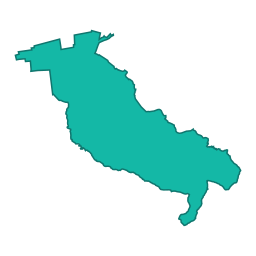 the district of Tarlungeni, Brasov, Romania
{"feature_id": "2599482B11414107906146", "entity_name": "Tarlungeni", "entity_type": "district", "adm_level": 2, "iso_a3": "ROU", "parent_name": "Romania", "parent_adm1": "Brasov", "projection": "orthographic", "projection_center": [25.868, 45.603], "detail": "fine", "context": "isolated", "style": "filled", "palette": "teal", "viewbox_px": 256, "rotation_deg": 0, "n_neighbors": 0, "source": "geoboundaries", "source_scale": "gbopen_adm2", "svg_char_len": 5856}
<svg xmlns="http://www.w3.org/2000/svg" viewBox="0 0 256 256"><path d="M193.1,129.2L190.7,130.8L186.4,131.2L181.5,133.0L179.3,133.3L177.0,132.5L175.8,131.0L175.9,129.8L175.3,128.0L174.6,127.3L174.3,126.3L174.2,125.1L173.7,125.0L172.4,124.1L169.9,123.0L168.2,122.5L167.8,122.1L167.8,121.3L164.8,118.8L165.1,118.2L165.6,118.2L165.9,117.2L165.8,115.6L164.1,115.7L163.4,115.0L162.2,112.9L161.3,110.8L160.4,109.9L159.2,109.4L157.7,109.6L154.1,111.0L149.3,111.7L148.6,111.5L146.1,111.7L141.2,106.9L135.4,98.9L134.6,96.0L134.9,95.8L134.5,95.3L134.3,94.4L134.5,94.1L134.5,93.1L134.9,92.7L135.0,92.2L134.9,91.8L135.0,91.2L135.5,90.8L135.5,90.3L135.2,89.9L135.7,89.5L135.7,89.3L135.2,89.4L134.4,88.4L134.2,86.5L134.4,84.8L133.1,83.8L133.0,82.7L132.3,81.2L129.6,79.2L128.7,79.6L128.4,79.4L128.2,78.7L126.2,77.1L125.4,75.3L125.5,74.8L127.0,72.9L127.2,72.2L126.9,71.7L124.7,70.2L124.5,70.6L123.5,71.2L122.5,71.3L118.7,70.2L118.7,69.9L118.0,69.9L116.4,68.5L115.2,69.0L114.0,67.4L114.0,66.4L113.3,66.0L108.5,62.2L107.7,60.4L99.2,54.9L98.8,55.3L96.8,54.1L94.9,53.4L95.9,51.2L97.9,45.5L99.2,42.6L104.2,40.4L106.7,39.6L109.1,38.4L111.3,36.4L113.4,35.4L113.3,34.4L111.3,35.4L110.3,33.8L106.9,37.4L104.8,36.8L104.1,35.9L103.3,37.1L101.4,37.8L99.2,39.5L99.4,37.6L100.4,33.0L91.6,30.6L91.4,31.9L74.3,35.1L74.7,44.6L73.5,44.8L73.6,47.3L61.1,49.5L60.8,46.8L59.6,39.1L34.2,45.9L34.1,47.7L31.3,48.0L31.8,49.9L18.4,51.8L19.1,54.1L15.4,55.3L16.5,59.8L19.1,59.3L25.0,58.8L25.5,61.5L30.4,61.1L31.1,69.4L30.9,71.3L37.6,70.5L49.7,70.0L52.7,94.5L53.2,94.1L58.7,100.0L59.3,100.4L61.0,100.4L62.8,101.3L65.5,102.2L67.9,102.3L68.6,104.1L68.6,105.3L68.4,106.1L68.6,106.9L68.5,107.2L67.1,108.7L66.7,109.8L66.8,110.7L66.0,112.2L66.2,112.7L66.1,113.4L65.9,113.6L66.1,114.3L67.0,115.2L67.1,116.0L66.8,116.9L66.8,117.9L67.6,119.7L67.8,120.7L67.6,123.0L67.8,124.5L68.2,125.3L68.3,126.2L68.2,126.5L67.6,126.7L67.2,127.1L67.2,127.5L67.5,128.0L70.7,129.3L70.7,130.1L70.2,131.1L70.2,131.6L70.6,132.5L70.9,135.2L70.8,137.0L70.9,138.7L71.2,139.4L72.1,139.5L72.3,140.2L72.0,140.8L72.2,141.1L75.2,143.0L75.8,143.9L78.2,143.8L78.8,144.0L79.7,144.8L79.8,145.3L78.9,145.7L79.0,146.0L80.9,146.0L81.1,146.8L81.7,147.4L80.5,148.5L80.7,149.0L82.3,149.1L82.7,148.9L82.5,148.0L83.4,147.9L85.0,149.3L85.1,150.0L85.5,150.7L86.1,150.2L87.0,150.2L87.7,150.5L88.0,151.2L89.0,151.5L90.6,152.9L90.8,153.5L91.5,154.0L91.8,155.3L94.5,159.5L95.1,160.0L96.3,160.3L96.2,160.8L96.6,161.1L98.1,161.6L98.9,161.5L100.1,161.8L101.6,163.0L102.3,163.3L102.7,163.9L103.2,164.0L103.6,165.4L104.5,166.1L105.5,166.4L108.1,166.2L109.9,166.6L110.5,167.0L111.1,168.2L111.7,168.3L112.8,169.4L114.3,169.6L115.6,169.4L116.1,169.6L116.9,169.6L118.2,170.5L119.8,170.2L120.3,170.4L121.5,169.3L122.7,169.0L125.5,169.9L126.2,170.3L126.8,170.3L127.2,170.8L127.6,170.9L127.7,171.2L129.3,172.2L129.7,172.0L130.5,172.5L131.4,172.5L131.9,172.2L132.8,172.4L133.5,172.3L134.1,172.9L134.8,173.1L136.0,174.3L138.8,175.3L139.6,176.7L142.2,178.5L142.3,178.9L142.8,179.1L142.8,179.4L143.5,179.5L144.9,181.1L146.2,180.8L146.8,181.1L148.7,181.1L149.9,181.9L150.4,182.0L150.7,182.5L151.8,182.8L152.2,183.4L155.0,184.4L155.7,185.3L158.6,186.6L159.5,187.7L159.6,188.2L160.6,189.3L161.0,189.5L163.7,189.9L169.1,189.8L170.7,190.1L171.4,191.6L172.1,191.3L173.4,191.1L175.2,191.1L177.1,191.7L180.3,192.1L184.0,193.7L185.3,194.0L186.1,194.0L187.5,193.5L189.4,194.5L189.4,194.8L189.0,195.4L188.8,196.5L188.0,197.8L187.9,200.6L188.1,201.7L189.2,203.5L189.6,204.8L190.0,205.4L190.1,206.0L189.7,207.5L188.6,209.6L188.3,210.9L187.6,211.7L186.8,212.2L186.0,213.4L183.3,214.3L181.3,214.5L180.6,215.0L179.8,216.2L178.8,218.7L179.1,219.3L180.3,219.4L181.0,220.1L181.1,221.0L181.1,222.1L181.7,222.9L182.8,223.8L183.0,224.2L183.6,224.7L184.1,225.4L185.0,225.3L186.0,224.7L186.7,224.6L187.7,223.4L189.4,222.8L190.8,221.6L192.1,221.0L192.7,221.0L194.5,219.8L195.1,218.8L195.6,218.4L195.6,218.0L195.3,217.6L195.7,216.9L195.8,216.0L196.5,214.2L196.8,213.9L197.2,212.8L197.0,212.1L196.6,211.6L197.0,210.4L197.6,209.9L197.6,209.5L198.7,208.9L199.1,208.0L200.8,206.1L200.9,205.6L201.3,205.2L201.3,204.8L201.7,204.0L201.8,203.3L201.5,203.1L201.7,201.9L201.3,201.0L201.3,200.7L201.7,200.1L201.7,199.1L203.0,197.4L203.2,196.9L203.1,196.2L204.3,195.1L204.8,193.8L206.0,192.1L206.6,190.1L207.9,189.1L207.8,188.8L207.1,188.3L207.1,187.8L207.5,187.3L207.5,184.1L207.0,182.2L207.3,181.6L207.0,181.2L207.1,180.7L207.9,180.5L210.4,181.0L212.5,181.7L213.2,181.6L214.9,182.4L216.5,182.7L217.1,183.3L219.2,184.0L219.8,184.8L222.0,185.8L223.3,187.1L224.3,188.7L225.3,189.7L226.2,189.8L226.7,189.5L228.2,189.6L229.1,188.8L230.1,187.0L231.6,185.3L234.3,183.0L235.1,182.7L235.8,182.9L236.8,182.0L237.3,180.3L237.4,179.2L237.8,178.6L238.0,178.0L238.4,175.3L239.2,174.2L239.5,173.4L239.5,172.3L239.8,171.7L240.6,170.7L240.6,170.3L239.8,169.1L239.4,168.0L238.7,167.4L238.6,167.0L237.7,166.6L236.7,165.0L233.8,163.2L232.2,161.0L231.5,160.7L230.8,159.1L230.4,158.7L230.4,158.0L230.1,156.8L230.1,156.1L228.8,155.5L228.3,154.5L227.7,154.3L227.1,153.6L227.0,153.1L227.2,152.8L227.0,152.4L227.0,151.8L227.5,151.0L227.4,150.0L226.3,149.9L225.0,150.6L224.4,150.4L223.5,151.1L221.8,151.0L220.2,150.2L219.8,149.6L219.9,149.2L218.4,148.8L216.7,149.8L216.5,149.5L216.1,149.4L216.5,148.9L216.1,148.6L215.4,148.8L214.9,148.3L214.5,148.6L214.1,148.5L213.8,147.7L213.9,147.3L213.7,147.0L212.8,147.3L212.7,147.0L212.8,146.8L212.3,147.0L212.3,146.7L211.8,146.2L211.4,146.5L211.2,146.8L210.6,146.6L209.8,147.1L209.6,146.8L209.2,146.7L207.8,147.0L207.1,146.7L206.7,146.3L208.2,143.9L208.1,143.3L207.3,143.3L207.2,143.1L207.8,142.7L207.7,142.5L207.8,142.4L207.7,141.7L208.0,141.4L208.3,140.2L208.0,138.6L206.1,137.7L205.1,137.6L203.8,138.0L203.1,137.9L201.5,135.9L200.1,135.2L198.6,134.8L197.3,134.1L196.1,132.5L195.9,131.6L194.8,130.6L193.5,130.2L193.1,129.7L193.1,129.2Z" fill="#14b8a6" stroke="#0f766e" stroke-width="1.5"/></svg>